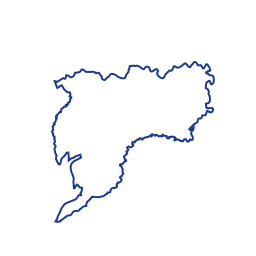 La Tebaida, Quindío, Colombia (Robinson projection), rotated 163°
{"feature_id": "7082276B51797720548410", "entity_name": "La Tebaida", "entity_type": "district", "adm_level": 2, "iso_a3": "COL", "parent_name": "Colombia", "parent_adm1": "Quindío", "projection": "robinson", "projection_center": [-75.811, 4.441], "detail": "fine", "context": "isolated", "style": "outline", "palette": "blue", "viewbox_px": 256, "rotation_deg": 163, "n_neighbors": 0, "source": "geoboundaries", "source_scale": "gbopen_adm2", "svg_char_len": 5862}
<svg xmlns="http://www.w3.org/2000/svg" viewBox="0 0 256 256"><g transform="rotate(163 128 128)"><path d="M184.4,194.2L184.1,189.0L183.9,187.0L182.2,187.3L180.0,188.2L178.7,188.0L177.9,184.0L176.4,181.1L174.8,179.6L173.1,178.9L173.3,176.5L174.6,175.3L174.2,174.7L173.2,174.0L173.3,173.7L173.6,173.2L174.3,173.0L175.1,172.3L175.4,170.9L176.4,169.8L177.2,169.5L178.2,169.6L178.4,168.5L179.2,167.6L179.4,167.5L180.6,168.4L180.8,168.2L180.6,167.0L180.9,166.7L181.6,166.7L182.9,167.1L184.1,166.2L185.6,165.9L186.7,165.0L186.8,163.8L187.4,162.9L188.0,162.8L188.8,163.2L189.1,163.1L190.5,161.9L191.8,161.5L192.1,160.7L193.3,160.5L193.5,160.0L192.9,159.7L192.9,159.3L193.8,159.1L194.0,158.8L193.5,158.3L193.5,157.7L194.2,157.3L195.8,154.9L197.7,154.0L197.7,153.4L197.1,152.9L197.3,152.6L199.1,152.0L199.6,151.4L199.5,150.1L200.1,149.4L200.0,148.1L200.4,147.6L201.3,147.3L201.7,146.7L201.7,145.8L201.2,144.4L201.8,143.5L201.8,142.8L201.6,142.1L200.8,141.2L200.8,140.7L201.0,140.2L201.8,139.5L201.3,138.7L201.9,137.8L201.7,136.4L203.2,134.8L203.3,134.1L202.7,132.8L202.6,131.8L203.0,130.9L204.4,129.7L204.5,129.3L204.9,125.2L204.3,122.8L205.6,120.5L205.9,119.1L205.1,114.2L204.1,113.1L203.7,113.2L203.0,114.0L200.6,117.9L198.5,119.2L196.9,119.7L195.9,120.8L194.9,121.3L193.9,122.4L192.3,122.0L193.1,117.7L194.2,114.3L191.3,115.5L188.9,115.4L186.1,116.3L181.4,116.3L181.6,115.9L181.5,113.4L189.1,112.1L191.6,111.0L192.5,110.2L193.6,108.7L194.4,107.3L194.6,106.3L195.0,103.0L194.6,98.4L194.6,95.7L195.9,92.5L196.3,90.9L196.4,88.2L196.9,88.4L197.1,86.6L197.7,85.6L196.0,86.6L193.3,88.8L192.2,87.2L191.6,85.4L191.0,84.9L189.7,84.6L189.4,84.0L190.9,81.0L191.7,80.1L192.6,79.5L192.4,78.3L192.6,77.5L194.6,78.1L198.7,75.1L208.9,74.2L210.8,73.7L212.2,72.9L215.2,70.5L218.3,66.6L220.6,64.5L222.2,62.0L224.6,59.8L223.5,59.0L220.1,58.6L220.1,58.9L211.7,61.8L208.4,61.5L207.5,61.9L205.6,63.4L204.1,64.1L202.2,64.0L199.8,63.3L198.7,63.7L197.1,64.7L195.6,65.0L194.3,65.7L192.4,66.0L190.7,65.7L189.9,67.7L188.5,69.3L184.9,71.0L182.8,72.6L182.4,72.3L181.5,72.6L179.8,71.6L175.8,70.3L175.1,70.2L174.4,70.4L172.4,70.0L171.1,70.1L169.7,70.5L168.8,71.1L167.2,71.2L166.5,72.2L166.0,72.2L164.7,71.8L163.7,71.9L163.3,72.4L162.6,74.1L161.1,75.0L159.5,75.1L158.5,74.4L155.8,74.9L155.6,75.3L155.5,77.1L154.9,77.9L154.0,77.9L153.3,78.9L152.5,78.5L151.0,78.7L149.3,80.1L149.2,81.2L149.8,81.8L150.1,82.6L149.9,83.5L149.5,83.8L148.7,83.7L148.1,83.8L147.5,84.3L146.7,85.3L145.8,85.8L146.0,88.1L145.3,89.6L145.1,90.5L145.5,91.8L145.5,93.1L146.6,94.3L146.3,95.4L145.8,95.6L145.2,95.1L143.9,95.1L141.3,96.8L139.8,96.8L139.5,97.0L139.2,97.7L140.3,98.7L140.0,100.4L140.4,101.3L140.2,102.0L136.3,103.7L136.1,104.1L136.5,105.6L136.4,106.1L134.5,106.5L134.1,107.0L134.1,107.5L134.7,109.3L134.5,109.7L132.8,110.2L131.3,108.8L129.7,108.9L128.0,109.6L127.9,110.2L128.7,111.4L128.2,112.8L127.6,113.2L126.2,112.2L125.7,112.4L124.7,113.5L123.5,113.5L122.2,114.3L120.7,113.7L120.1,114.6L119.8,114.8L118.4,114.0L117.9,112.9L117.5,112.9L117.4,113.7L116.2,113.5L114.0,114.0L111.5,113.4L109.4,114.2L107.9,113.0L107.6,113.3L107.7,114.6L107.3,115.0L106.9,115.0L105.7,114.2L104.4,112.7L103.9,112.7L103.2,113.4L102.8,113.3L101.1,111.1L100.4,110.8L99.6,111.1L98.2,110.0L97.6,110.2L97.1,111.3L96.7,111.5L95.7,110.0L93.5,109.1L93.4,108.5L93.7,107.6L93.7,107.1L93.1,106.4L92.4,106.2L91.7,106.2L91.5,107.2L91.2,107.5L89.3,106.7L88.5,107.0L87.3,106.4L86.1,105.6L85.6,104.9L85.9,104.4L87.0,103.4L87.2,102.8L86.9,102.4L86.2,102.5L85.6,103.3L85.2,103.5L84.3,102.5L83.5,102.3L82.9,101.6L81.8,101.1L81.6,100.2L80.6,99.9L79.5,99.2L79.0,99.3L78.0,100.5L76.6,100.7L75.9,100.2L75.3,97.9L74.8,97.4L73.0,97.8L72.3,98.9L72.0,98.9L70.8,98.0L69.6,97.9L68.9,99.8L68.7,100.9L69.3,103.2L69.3,104.2L67.7,106.7L66.1,107.1L65.2,109.1L67.5,107.9L68.7,107.7L69.5,108.2L69.7,108.5L69.5,109.3L66.7,110.6L64.3,112.1L60.1,113.1L58.6,115.4L57.8,116.3L57.3,116.4L56.0,115.9L54.7,116.1L53.5,118.2L52.6,118.2L50.8,117.6L50.1,117.7L49.2,118.6L48.3,120.1L47.3,121.3L47.0,121.3L45.7,119.6L44.0,118.6L43.4,118.6L41.2,120.4L41.1,121.4L41.5,122.4L44.0,123.0L46.7,124.1L47.0,124.3L47.1,124.7L46.4,128.5L44.0,128.3L43.3,128.5L42.2,129.5L41.3,131.2L40.6,134.5L41.0,137.3L40.1,139.0L40.0,139.9L40.5,142.1L41.9,143.3L41.8,144.2L39.7,148.5L37.0,149.4L36.2,149.3L35.9,145.9L35.4,145.4L34.8,145.4L33.7,145.8L33.2,146.2L32.3,147.8L31.6,149.9L31.4,152.2L31.7,153.3L34.0,154.4L35.3,155.8L35.6,156.9L36.0,157.1L36.8,157.1L37.2,157.8L37.0,158.4L36.7,158.5L34.7,159.0L32.9,158.7L32.4,159.1L32.4,162.1L33.3,165.1L34.1,166.0L34.6,166.0L37.5,163.3L38.2,162.9L38.9,163.1L39.9,166.7L40.6,167.0L42.5,167.3L42.8,167.7L43.6,170.5L44.3,171.4L44.8,171.6L45.6,171.7L47.4,170.3L49.2,169.4L50.4,168.2L51.1,168.1L52.3,169.1L53.2,171.7L54.1,173.0L54.9,173.1L60.1,171.2L62.2,171.0L63.5,171.5L64.9,173.1L66.3,173.6L67.1,172.2L69.2,170.3L69.6,170.1L70.4,170.2L71.5,170.9L76.4,168.4L78.8,165.8L79.9,165.4L81.5,166.0L82.3,166.8L83.1,167.7L84.2,169.9L84.3,170.7L84.1,171.9L82.6,173.7L82.8,175.3L83.1,175.7L84.3,176.1L87.7,175.1L89.2,175.2L89.8,175.8L90.0,176.6L90.0,179.4L90.3,180.0L91.5,181.0L92.9,181.2L93.6,181.0L95.2,179.8L96.2,179.8L97.5,181.1L99.4,183.8L101.6,185.1L103.6,185.3L104.5,186.0L108.2,186.7L109.2,184.8L110.5,183.1L111.3,181.4L113.7,179.7L116.3,176.7L117.4,176.7L119.2,177.3L121.6,178.9L122.7,180.0L124.3,182.3L125.8,183.6L127.7,184.5L128.2,184.6L129.5,184.2L131.2,182.8L133.7,182.2L135.6,180.8L136.6,180.8L137.2,181.1L138.4,182.7L138.5,183.3L138.1,184.1L138.1,184.9L138.8,186.2L139.7,189.4L142.7,189.7L143.4,191.0L145.1,192.1L147.4,192.5L151.6,193.9L152.1,194.3L153.7,196.8L154.7,197.4L155.3,197.4L156.8,196.2L157.8,195.8L159.9,195.7L162.4,196.3L164.0,194.3L165.1,193.4L167.2,193.0L168.1,193.4L170.5,196.1L171.4,196.4L172.0,196.0L172.8,194.2L173.6,193.6L174.4,193.7L175.3,194.6L175.6,194.6L182.5,192.8L183.5,193.9L184.4,194.2Z" fill="none" stroke="#1e3a8a" stroke-width="2"/></g></svg>